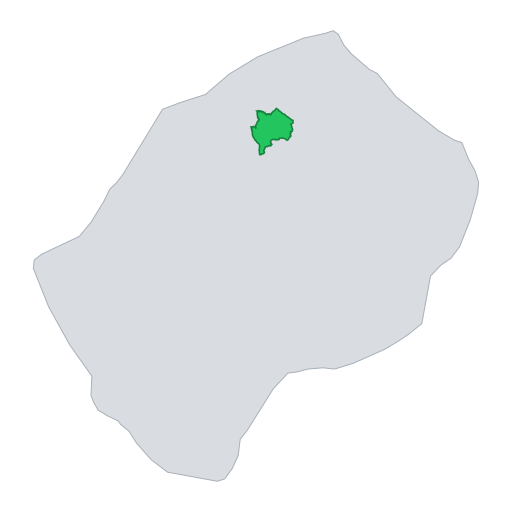 location of Bolahla, Leribe, Lesotho
{"feature_id": "5366337B26434863829569", "entity_name": "Bolahla", "entity_type": "district", "adm_level": 2, "iso_a3": "LSO", "parent_name": "Lesotho", "parent_adm1": "Leribe", "projection": "orthographic", "projection_center": [28.277, -29.044], "detail": "fine", "context": "in_parent", "style": "filled", "palette": "green", "viewbox_px": 512, "rotation_deg": 0, "n_neighbors": 0, "source": "geoboundaries", "source_scale": "gbopen_adm2", "svg_char_len": 6287}
<svg xmlns="http://www.w3.org/2000/svg" viewBox="0 0 512 512"><path d="M353.2,363.3L336.1,368.6L333.8,369.0L322.9,367.8L308.3,369.0L296.8,372.0L287.9,373.1L273.4,388.6L247.2,430.4L240.2,439.2L238.2,455.6L232.2,468.6L224.8,478.8L217.5,481.3L195.6,477.3L167.6,472.2L151.2,459.7L136.6,443.2L128.9,431.1L120.8,424.6L118.1,420.9L106.6,415.4L102.3,412.5L98.4,410.5L93.8,402.5L91.0,395.6L91.9,376.2L83.7,364.6L69.8,345.0L60.9,328.9L48.7,306.9L41.2,288.1L33.4,268.5L34.2,260.1L41.5,254.3L62.7,244.2L79.2,236.5L91.0,222.3L103.8,201.4L110.0,188.8L116.2,183.1L123.1,174.2L135.0,154.5L148.3,132.7L162.6,109.2L180.7,102.4L205.4,94.5L229.3,74.0L257.7,56.8L303.6,38.1L325.0,33.4L333.2,30.7L338.3,34.3L343.8,45.0L351.5,54.0L369.6,69.6L377.2,73.4L395.8,96.5L415.6,112.5L438.5,130.8L454.0,140.0L461.9,142.6L468.4,158.8L475.0,170.8L478.6,182.1L477.8,193.0L470.3,219.7L459.5,246.9L451.0,258.2L440.7,265.3L430.5,276.0L426.5,297.9L421.8,323.6L408.7,334.2L398.4,341.1L384.3,349.5L353.2,363.3Z" fill="#d9dde1" stroke="#a8b0b8" stroke-width="1"/><path d="M264.4,149.6L264.5,149.3L264.8,148.8L264.9,148.5L265.0,147.2L265.6,147.1L265.7,146.8L265.9,146.7L266.6,146.6L267.6,146.6L268.1,146.3L268.2,146.1L268.6,145.9L268.9,145.8L269.2,145.7L269.6,145.4L270.1,145.7L270.3,146.0L270.8,145.8L270.8,145.5L270.8,145.3L271.0,145.3L271.3,145.1L271.6,144.8L271.5,144.6L271.8,144.4L271.7,144.3L271.6,144.2L271.5,143.8L271.3,143.7L271.2,143.6L271.2,143.3L271.1,143.0L270.7,142.7L270.8,142.1L270.7,141.9L270.6,141.7L270.6,141.3L270.8,141.0L270.8,140.7L270.9,140.3L271.9,140.0L272.1,139.9L272.7,139.4L273.0,139.3L273.4,139.3L273.6,139.5L273.8,139.6L274.2,139.6L274.6,139.5L275.1,139.2L275.4,139.4L275.7,139.9L276.8,139.9L277.0,139.9L277.2,139.7L277.4,139.5L277.7,139.5L278.0,139.6L278.3,139.8L278.6,139.7L278.9,139.4L279.1,139.4L279.3,138.9L279.3,138.4L279.5,138.2L280.1,138.1L280.4,138.1L281.4,138.3L281.7,138.2L282.1,138.2L282.4,138.0L282.7,138.0L283.5,138.3L283.8,138.3L285.0,138.8L286.1,139.6L287.0,140.3L287.4,139.8L288.3,139.5L288.6,139.2L288.5,138.8L288.5,138.5L288.6,138.2L289.0,137.9L289.5,137.3L289.8,137.1L290.4,136.9L290.7,136.3L290.9,136.0L290.9,135.4L290.5,135.2L290.3,135.1L290.3,134.6L290.4,134.1L290.2,133.7L290.7,133.5L290.9,133.3L291.0,133.0L291.0,132.6L290.4,131.7L291.0,131.5L291.8,131.5L292.2,131.2L292.5,130.7L292.5,130.3L292.5,129.8L292.6,129.4L292.6,129.2L292.5,128.9L292.2,128.0L292.0,127.7L291.7,127.6L291.6,127.3L291.8,126.1L291.1,125.1L290.8,124.8L290.7,124.4L290.9,124.2L291.1,124.0L291.6,123.8L291.9,123.8L292.1,123.7L292.5,123.2L292.9,123.1L293.1,122.9L293.1,122.5L292.9,122.0L292.9,121.6L293.0,121.0L293.1,120.7L293.1,120.4L292.3,120.1L291.7,119.9L290.0,118.6L289.6,118.3L289.1,118.0L288.9,117.7L288.5,117.3L287.8,117.1L287.6,116.8L287.2,116.7L286.8,116.3L286.5,116.0L286.3,115.9L285.7,115.6L285.4,115.4L285.3,115.2L285.3,114.9L284.8,114.4L284.5,114.4L284.0,114.1L283.1,113.9L282.8,113.8L282.4,113.3L282.2,113.3L282.0,112.9L281.5,112.7L281.3,112.5L281.2,112.3L280.9,112.1L280.7,112.0L280.6,111.7L280.3,111.4L280.1,111.4L279.5,111.1L279.1,111.1L278.8,110.8L278.7,110.5L278.5,109.7L277.9,109.4L277.2,109.0L276.8,108.9L276.6,108.9L276.3,108.5L276.1,108.8L275.7,109.1L275.4,109.7L275.1,109.9L274.8,110.3L274.5,110.6L273.8,111.2L273.1,111.3L272.9,111.6L272.8,112.0L272.6,112.3L272.1,112.5L271.9,112.8L271.4,113.2L271.1,113.6L271.0,114.0L271.2,114.4L271.1,114.6L270.8,114.7L270.6,114.7L270.4,114.4L270.1,114.1L269.9,114.0L269.1,113.9L269.1,114.0L269.1,114.4L268.8,114.3L268.7,114.3L268.4,114.3L268.3,114.1L268.0,114.1L267.6,113.8L267.4,113.8L267.3,114.0L267.3,114.4L267.1,114.5L267.0,114.3L266.8,114.2L266.7,114.3L266.5,114.5L266.4,114.7L266.2,114.6L266.2,114.4L265.7,114.4L265.4,114.2L265.4,113.6L264.8,113.1L264.8,112.5L264.7,112.5L264.4,112.6L264.0,112.6L263.9,112.5L263.4,112.5L263.2,112.6L263.1,112.4L263.3,112.0L263.3,111.9L263.1,111.7L262.3,111.7L261.9,111.3L261.7,111.3L261.4,111.6L261.2,111.5L260.7,111.3L260.7,111.2L260.8,111.1L260.6,110.9L260.4,110.8L260.1,110.7L259.9,111.0L259.9,111.4L259.8,111.6L259.5,111.6L259.2,111.7L258.9,111.7L258.7,111.6L258.6,110.9L258.3,110.8L258.2,110.6L257.7,110.8L257.6,111.0L257.2,111.1L256.9,111.1L257.1,111.3L257.1,112.0L257.2,112.7L257.4,112.8L257.1,113.6L257.1,113.8L257.2,114.0L257.4,114.6L257.2,114.8L257.3,115.3L257.4,115.6L257.5,115.9L257.6,116.2L257.7,116.4L257.7,116.5L257.5,116.8L257.5,117.1L258.0,117.3L258.3,117.8L258.1,118.0L258.0,118.3L258.0,118.6L258.2,118.8L258.5,119.0L258.7,118.9L258.8,119.0L259.0,119.3L259.2,119.5L259.0,120.1L258.9,120.3L258.8,120.7L258.6,120.7L258.2,120.9L257.9,121.0L257.7,121.3L257.3,121.5L257.2,122.1L257.1,122.5L256.9,123.2L256.9,123.5L256.3,124.1L256.2,124.4L256.1,124.5L256.0,124.9L255.8,125.2L255.8,125.6L255.6,125.9L255.6,126.2L255.5,126.8L255.8,126.9L255.9,127.1L255.9,128.0L255.7,128.1L255.4,127.7L255.3,127.4L255.1,127.1L254.6,126.9L254.4,126.9L254.2,126.7L253.9,126.4L253.5,126.5L253.3,126.5L253.0,126.8L252.8,126.9L252.7,127.0L252.4,127.1L252.2,127.1L252.0,126.8L251.5,126.8L251.3,126.7L251.0,126.8L251.3,127.7L251.3,128.2L251.6,128.3L251.5,128.7L251.6,128.8L251.8,128.8L251.7,129.1L251.7,129.4L251.6,129.5L251.7,129.8L252.0,129.9L251.8,130.3L251.9,130.7L251.9,130.8L252.1,130.9L252.0,131.1L252.1,131.4L252.1,131.8L252.3,131.9L252.3,132.2L252.5,132.4L252.4,132.7L252.5,132.9L252.4,133.3L252.3,133.5L252.3,134.1L252.5,134.3L252.6,134.5L252.5,134.9L252.5,135.3L252.6,135.6L252.7,135.8L252.8,136.0L253.0,136.2L253.1,136.5L253.1,136.8L253.1,137.0L253.3,137.3L253.9,137.9L253.9,138.0L254.3,138.2L254.6,139.0L254.6,139.3L254.7,139.9L255.1,140.1L255.4,140.2L255.5,140.3L255.7,140.6L255.8,140.8L256.2,141.1L256.4,141.2L256.5,141.8L256.8,142.2L257.2,142.4L257.4,142.6L257.5,142.9L257.8,143.1L258.0,143.2L258.6,143.7L259.1,144.1L259.4,144.6L259.4,145.0L259.5,145.3L259.6,145.7L259.5,145.9L259.5,146.0L259.4,146.2L259.6,146.4L259.5,146.7L259.5,147.4L259.4,148.3L259.3,149.0L259.1,150.2L259.1,150.9L259.5,151.5L259.4,152.5L259.4,153.7L259.6,154.0L259.6,154.3L259.8,154.6L260.1,154.9L260.7,154.7L260.9,154.6L261.1,154.6L261.4,154.4L261.5,154.3L262.0,153.9L262.6,153.9L262.9,153.9L263.5,153.5L263.6,153.3L263.9,153.2L264.0,153.1L264.4,152.8L264.5,152.6L264.5,152.3L264.5,152.0L264.3,151.8L263.9,151.0L263.8,150.6L263.8,150.2L263.9,149.9L264.0,149.7L264.4,149.6Z" fill="#22c55e" stroke="#15803d" stroke-width="1.5"/></svg>